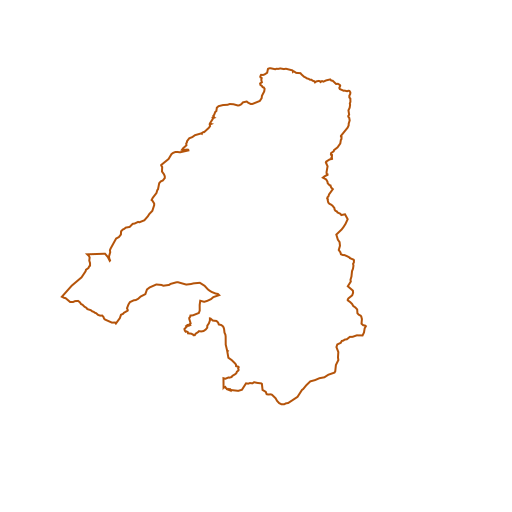 Brosteni, Suceava, Romania (Natural Earth projection), rotated 321°
{"feature_id": "2599482B22592859602374", "entity_name": "Brosteni", "entity_type": "district", "adm_level": 2, "iso_a3": "ROU", "parent_name": "Romania", "parent_adm1": "Suceava", "projection": "natural_earth1", "projection_center": [25.615, 47.201], "detail": "fine", "context": "isolated", "style": "outline", "palette": "amber", "viewbox_px": 512, "rotation_deg": 321, "n_neighbors": 0, "source": "geoboundaries", "source_scale": "gbopen_adm2", "svg_char_len": 6141}
<svg xmlns="http://www.w3.org/2000/svg" viewBox="0 0 512 512"><g transform="rotate(321 256 256)"><path d="M297.2,379.7L297.0,378.7L295.7,377.2L295.4,375.0L298.6,371.7L299.7,369.3L299.8,368.3L298.9,366.2L298.8,364.3L301.0,361.2L300.8,358.4L300.1,356.1L300.5,353.8L300.2,351.1L299.4,348.2L300.0,347.5L301.2,347.1L306.0,347.1L308.3,345.7L309.5,343.9L308.3,337.3L313.6,335.5L314.4,334.0L317.3,332.0L321.1,328.2L323.4,326.9L325.7,324.8L326.5,323.2L328.0,322.6L329.5,320.9L329.5,320.2L327.6,316.7L327.8,316.2L326.8,313.8L325.3,310.9L324.1,309.9L323.1,308.1L323.9,306.3L324.1,303.4L327.7,300.9L329.7,297.8L329.9,294.8L331.9,289.9L339.2,289.3L342.1,288.6L345.7,287.4L350.4,285.1L351.4,279.6L348.1,277.9L348.1,276.2L346.7,273.4L346.9,272.3L346.2,270.9L346.3,269.4L347.1,268.0L347.1,264.9L346.5,262.8L345.9,261.7L345.8,260.0L346.7,258.0L347.6,257.1L347.4,256.2L347.7,255.9L348.7,255.3L349.7,255.3L351.5,254.1L357.8,252.4L357.5,250.1L358.3,248.0L357.7,247.4L357.5,244.6L358.3,243.2L358.7,240.7L357.3,237.2L359.4,237.2L362.6,238.0L363.0,237.5L362.6,236.7L363.5,235.3L368.1,231.3L369.0,227.7L369.3,227.8L369.9,226.8L374.0,227.3L376.2,228.4L376.5,228.0L376.2,227.4L376.4,227.1L376.9,227.2L378.3,225.7L378.2,225.6L378.5,225.3L378.0,224.9L378.2,224.1L379.1,223.3L382.3,223.5L383.3,222.8L387.7,222.9L392.3,221.6L395.0,219.2L396.0,218.9L397.5,217.2L397.2,216.6L397.6,216.1L408.0,213.9L410.2,212.8L411.3,211.5L414.1,209.6L415.4,207.3L415.4,205.8L415.9,205.2L417.3,204.8L419.5,201.0L422.1,199.7L424.2,197.8L424.9,196.5L426.4,195.6L428.4,193.0L428.3,191.6L429.4,190.2L431.3,189.3L432.3,188.2L432.5,186.5L431.8,185.7L430.5,185.3L429.0,183.3L428.1,182.7L426.2,179.0L426.5,177.8L428.6,176.7L428.8,175.8L428.0,173.7L426.5,172.7L425.9,168.1L424.9,167.0L424.8,165.5L421.1,163.7L418.1,162.9L417.4,161.6L415.6,161.4L415.7,160.4L414.9,159.4L412.8,158.3L411.1,158.2L411.3,156.9L410.3,155.4L410.0,153.9L408.9,153.0L408.4,151.5L407.2,149.8L406.9,148.4L406.2,147.2L405.6,143.4L405.6,141.9L402.5,139.0L401.7,136.5L401.3,136.1L400.7,136.1L401.2,135.3L401.0,134.5L397.1,129.3L395.3,128.3L392.9,125.5L391.2,124.7L389.6,123.3L388.5,123.0L385.6,119.4L384.6,118.6L383.2,118.1L382.7,118.4L380.0,120.6L377.0,120.3L375.5,119.8L373.9,118.4L372.3,119.2L371.9,120.0L372.4,121.3L370.9,122.5L369.9,124.7L367.8,124.5L367.1,125.8L367.6,127.7L367.4,129.0L368.1,129.9L367.9,131.5L365.9,133.3L361.5,135.2L359.7,136.9L356.5,137.9L349.0,135.6L347.6,134.6L346.4,132.0L346.0,130.1L342.6,128.4L340.0,128.8L337.9,128.4L336.7,127.7L334.0,123.9L331.3,121.4L329.1,120.6L325.3,117.9L321.2,116.0L318.9,116.1L316.4,118.4L315.0,118.4L312.2,120.0L311.1,120.2L310.9,121.1L309.9,121.1L310.4,122.1L309.1,121.7L308.6,122.3L304.1,123.8L303.5,124.1L304.2,125.1L302.8,124.7L302.0,126.2L300.0,126.7L293.7,127.1L293.1,126.6L291.4,126.4L290.8,126.9L290.5,126.2L284.6,123.7L281.3,123.5L278.2,122.5L274.6,123.4L273.8,124.2L272.5,124.7L271.6,126.2L267.1,126.4L265.3,126.9L266.1,127.8L269.5,130.0L270.2,130.8L269.9,131.4L262.2,127.6L260.3,125.6L258.7,124.4L256.5,123.7L254.5,123.6L249.1,125.6L239.6,125.6L239.3,126.0L239.1,127.8L236.1,131.2L235.9,134.6L235.3,136.6L234.2,138.0L231.1,138.7L229.0,138.1L226.6,138.5L221.8,142.5L220.7,142.7L218.3,144.4L212.4,145.8L210.1,146.8L210.3,147.9L209.9,151.1L208.9,152.4L203.8,155.7L199.6,156.2L196.9,157.1L191.7,158.0L186.6,156.4L185.8,155.3L182.1,154.4L180.4,153.4L176.1,153.9L172.7,152.0L170.7,152.0L169.1,151.6L166.7,151.9L164.5,154.3L161.3,155.0L158.3,154.4L147.7,158.7L146.1,159.6L145.1,161.3L141.4,163.9L140.4,165.6L139.8,167.6L139.3,167.7L140.2,163.6L140.1,159.2L125.9,148.5L126.2,150.8L125.8,152.4L123.5,154.7L122.6,157.0L120.9,159.1L119.8,159.1L118.2,159.9L115.2,159.7L114.0,160.6L107.0,162.8L94.1,163.1L79.5,165.5L80.6,167.9L81.5,168.9L82.6,174.8L84.8,176.6L87.0,177.2L89.5,179.0L90.0,181.2L89.8,183.3L90.5,184.7L90.8,187.5L91.6,189.6L91.5,191.1L93.5,194.1L93.9,196.0L94.7,197.2L95.1,198.8L95.8,199.9L96.2,202.4L97.4,204.3L99.0,205.5L99.1,207.4L98.5,209.1L98.7,210.4L102.1,217.1L104.6,219.0L104.6,220.3L111.1,218.6L114.1,216.7L116.4,217.3L117.5,217.0L121.8,217.7L122.3,217.4L122.9,215.4L126.4,213.4L129.0,212.5L133.1,213.5L134.9,214.6L137.5,215.1L140.8,214.9L146.0,216.0L150.2,213.4L153.6,213.5L160.6,215.4L164.3,219.0L165.3,220.8L170.3,223.8L172.0,223.9L177.5,226.3L178.8,227.2L183.8,234.3L187.9,236.9L190.3,238.0L195.5,241.5L197.3,246.8L197.6,251.7L198.1,253.7L198.9,256.0L201.0,259.8L202.5,261.5L202.7,263.2L197.0,261.1L193.9,261.2L189.9,260.2L186.9,259.0L184.5,255.7L181.4,258.6L177.9,263.0L175.7,264.3L169.6,262.4L167.6,261.0L166.6,261.8L165.2,262.1L164.6,262.8L162.8,267.2L161.5,267.2L161.4,268.3L159.9,267.9L159.9,267.1L159.4,266.5L157.7,266.5L157.8,267.3L154.4,267.7L153.7,269.3L153.7,270.6L154.5,270.8L155.1,272.2L154.5,273.3L156.8,275.6L157.7,277.6L157.6,278.3L158.6,279.0L160.2,278.4L163.2,278.7L164.3,278.5L166.0,280.2L168.0,281.3L170.7,281.5L173.0,281.0L174.3,279.5L177.0,278.7L179.6,277.1L180.9,275.5L181.3,276.0L181.8,279.0L184.3,281.5L184.6,282.7L184.6,284.1L184.0,285.8L185.5,287.7L186.0,289.5L185.9,291.0L185.2,292.7L183.3,295.7L182.7,297.9L181.8,299.4L176.7,305.8L173.9,311.6L174.2,312.1L173.5,312.3L170.5,317.7L171.6,321.6L172.1,326.1L172.1,327.7L171.2,329.1L172.5,330.7L172.6,331.5L171.4,332.1L170.8,333.6L170.1,333.9L168.3,333.9L167.2,334.6L165.8,334.8L162.2,334.3L160.8,334.7L158.6,333.7L158.2,333.1L154.9,332.1L153.8,330.5L148.1,337.7L148.5,337.6L148.6,338.2L149.7,338.4L149.5,339.9L149.8,340.5L149.6,341.1L150.8,342.1L150.1,342.1L151.3,344.2L151.6,343.2L152.6,344.8L157.3,349.6L160.9,351.1L168.1,348.7L169.6,350.3L171.3,350.9L173.1,352.7L175.1,352.9L177.1,355.4L179.9,358.3L180.1,359.1L176.8,364.2L178.1,367.7L177.3,370.1L178.3,371.3L180.4,372.8L181.1,373.9L181.7,378.9L181.2,381.8L181.4,384.9L182.5,387.3L184.7,389.0L186.4,389.3L188.5,390.5L199.6,391.6L207.5,389.0L208.9,389.1L213.7,388.1L219.3,387.6L223.8,389.6L228.4,390.9L232.8,393.3L237.5,393.8L243.6,396.0L245.0,395.5L249.5,391.0L254.5,388.7L255.9,386.4L259.5,382.5L261.2,377.4L263.5,375.9L267.2,376.8L269.2,376.0L270.6,376.7L272.3,376.8L274.2,377.9L278.0,377.9L280.2,379.6L284.4,381.1L288.8,384.8L291.8,383.4L294.9,380.6L297.2,379.7Z" fill="none" stroke="#b45309" stroke-width="2"/></g></svg>